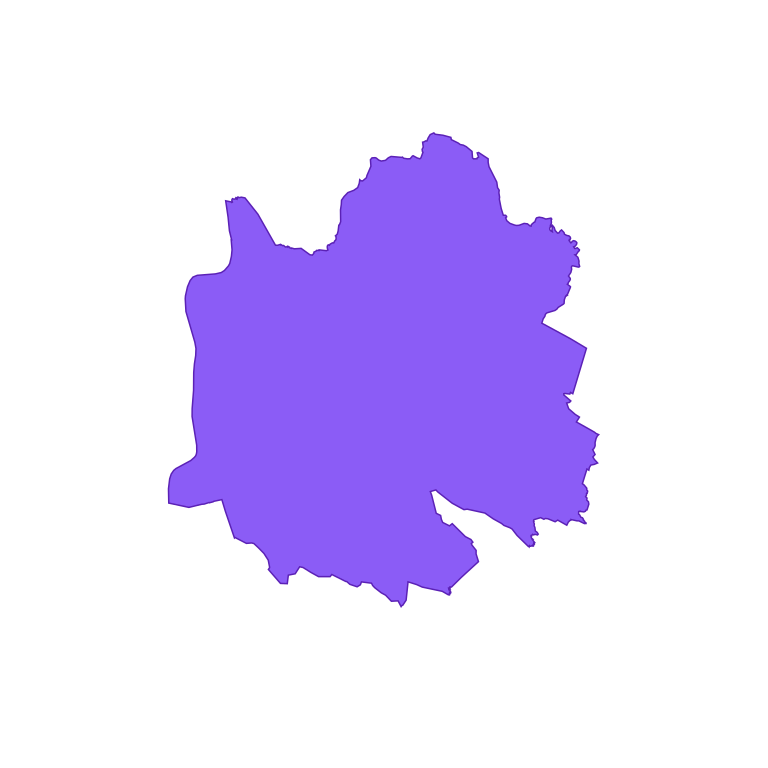 the district of Sventes pag., Daugavpils, Latvia, rotated 225°
{"feature_id": "27541924B80742795502066", "entity_name": "Sventes pag.", "entity_type": "district", "adm_level": 2, "iso_a3": "LVA", "parent_name": "Latvia", "parent_adm1": "Daugavpils", "projection": "robinson", "projection_center": [26.339, 55.911], "detail": "fine", "context": "isolated", "style": "filled", "palette": "violet", "viewbox_px": 768, "rotation_deg": 225, "n_neighbors": 0, "source": "geoboundaries", "source_scale": "gbopen_adm2", "svg_char_len": 6171}
<svg xmlns="http://www.w3.org/2000/svg" viewBox="0 0 768 768"><g transform="rotate(225 384 384)"><path d="M625.5,401.6L612.2,391.7L601.6,383.0L593.7,378.2L594.0,377.9L586.3,371.4L582.2,366.4L578.3,360.2L577.5,357.5L577.1,351.4L577.9,347.7L581.1,342.6L592.9,328.8L594.7,324.5L594.2,320.0L591.7,313.8L586.7,305.9L584.8,303.7L575.3,295.2L547.3,279.8L542.0,276.1L537.3,271.0L532.3,264.2L526.7,257.6L514.2,244.9L502.3,231.0L496.7,225.3L473.2,208.3L468.4,203.6L467.1,201.7L466.4,200.1L466.2,198.0L466.5,193.3L471.3,177.2L471.6,174.2L470.8,169.9L468.5,165.4L462.3,157.5L452.0,147.6L434.7,158.8L427.9,170.0L426.2,172.0L423.9,176.5L423.5,176.5L421.5,179.9L421.4,180.7L416.9,187.6L406.3,181.9L380.9,169.4L380.9,170.1L368.6,174.0L365.2,178.0L363.2,179.2L357.1,179.4L349.1,179.3L341.3,177.6L335.7,173.8L335.0,173.2L334.6,171.1L316.2,169.8L311.2,174.4L316.5,181.2L312.6,187.0L314.4,195.1L311.5,197.0L302.4,199.1L294.1,201.5L285.9,209.7L286.2,212.4L271.5,217.3L270.5,218.0L266.5,218.2L259.6,221.6L258.7,225.3L260.0,228.1L252.0,234.3L249.5,233.5L246.6,233.4L238.3,234.4L233.5,235.8L225.2,235.6L220.7,240.6L214.5,238.7L214.7,240.0L214.3,240.9L215.5,246.8L227.1,261.1L219.0,265.3L213.4,267.4L196.2,278.6L189.5,280.4L188.5,281.2L188.6,281.6L189.7,282.1L189.5,282.5L190.1,283.0L189.1,283.3L189.3,283.8L190.7,284.6L192.2,284.5L192.1,285.5L192.8,285.3L192.9,284.6L194.1,285.4L193.1,286.4L193.9,286.9L193.9,287.3L193.0,287.7L192.7,288.3L192.6,301.8L191.6,325.2L198.8,329.0L201.2,331.5L207.9,332.3L209.4,332.9L209.3,335.0L212.6,335.5L218.6,333.6L237.0,333.5L237.4,330.0L244.6,327.6L247.8,328.9L251.0,331.1L255.6,329.5L271.7,339.1L275.2,340.7L272.4,345.8L269.6,345.7L251.5,347.9L238.6,351.7L236.7,354.3L221.4,364.1L211.4,365.9L202.3,368.5L199.2,368.8L193.3,371.4L190.8,372.0L182.8,371.0L166.9,371.2L166.7,371.9L166.4,371.8L166.8,372.5L166.0,372.5L165.3,373.4L165.0,374.6L164.4,374.4L163.8,375.0L164.6,375.7L164.2,376.0L164.3,376.7L165.7,377.2L165.8,377.7L165.4,377.8L166.2,378.3L165.9,378.5L169.0,378.9L168.8,379.5L170.8,379.4L172.1,380.1L172.6,380.6L172.3,381.0L172.8,381.2L172.3,382.4L172.5,382.8L171.5,383.1L170.9,384.5L168.7,385.8L168.8,386.9L170.8,387.4L173.1,387.1L175.9,389.3L177.6,389.9L178.7,391.3L180.8,392.3L180.7,392.8L181.9,393.4L182.0,394.2L178.7,400.3L175.3,401.4L174.8,403.0L172.8,404.6L165.6,407.6L164.9,410.6L154.9,413.4L156.0,416.6L156.0,419.0L155.3,420.5L155.6,420.6L150.9,423.6L149.4,425.0L143.6,427.0L142.5,428.2L142.8,428.6L144.7,428.4L145.1,428.8L146.9,428.8L146.9,429.1L148.2,429.6L149.2,429.7L150.6,429.0L153.2,429.8L154.4,429.6L156.2,431.5L155.4,432.8L155.0,432.7L152.2,434.9L151.6,436.5L152.0,437.5L151.4,438.5L154.2,443.9L156.2,445.3L158.6,445.3L159.8,446.9L161.8,446.9L162.2,448.5L163.3,449.7L163.0,450.3L163.6,450.8L163.7,451.7L164.5,452.4L165.6,452.5L166.7,453.2L166.9,453.7L171.1,454.1L173.2,453.8L180.4,467.4L178.2,467.9L179.7,470.1L180.4,473.0L178.5,475.8L177.1,479.2L181.9,479.4L184.7,480.1L184.9,483.4L190.1,485.2L189.9,486.5L190.6,488.8L191.3,489.9L193.3,491.8L195.5,495.4L196.4,498.0L196.4,500.0L199.3,498.9L201.0,498.8L221.1,493.2L222.4,498.8L227.4,497.7L235.9,497.1L241.4,499.7L239.8,502.2L239.9,504.1L249.0,503.4L250.0,504.3L249.4,505.2L245.5,508.3L246.2,509.9L243.6,510.6L266.1,552.4L284.0,547.9L315.4,538.6L317.5,542.6L318.1,545.6L319.1,547.3L319.2,548.8L319.0,549.7L315.1,556.9L314.7,559.2L315.0,561.3L313.6,567.5L313.7,568.4L316.0,571.0L317.5,574.1L317.2,576.0L317.7,575.7L317.7,577.3L320.5,584.1L321.0,584.7L324.9,584.2L324.9,585.3L325.4,586.1L325.8,588.7L326.4,589.9L327.1,590.4L329.9,590.8L330.7,594.9L332.4,597.8L334.1,599.1L334.5,600.3L334.2,601.0L329.2,604.1L328.8,604.7L328.8,605.5L331.3,606.9L333.0,608.8L336.5,610.7L340.3,610.4L339.6,611.5L340.2,614.5L340.2,616.4L340.7,617.1L343.7,617.0L344.6,614.9L345.0,614.7L346.9,615.1L346.3,616.5L346.5,618.7L347.4,620.2L348.3,620.4L349.7,620.3L351.2,619.5L351.8,618.2L351.5,616.5L351.8,615.9L354.6,616.3L355.1,617.3L354.5,617.6L355.1,619.0L356.3,619.6L358.0,619.5L359.8,618.3L362.3,617.5L363.8,618.4L367.4,618.5L367.6,616.6L367.2,614.5L368.0,613.4L371.6,613.6L374.3,615.0L377.3,615.3L377.4,614.6L377.0,614.0L375.5,613.5L374.0,611.5L372.7,610.7L374.6,610.2L375.9,610.4L377.1,611.4L377.4,612.6L378.6,614.0L378.9,615.3L379.9,616.7L382.1,618.5L382.0,619.2L383.2,619.4L386.2,615.1L389.5,613.6L392.2,611.7L393.5,609.6L393.5,608.6L391.9,605.1L392.3,604.4L392.5,600.9L391.6,599.7L392.6,599.0L395.8,598.7L398.5,596.6L400.7,591.8L402.4,589.8L403.9,588.8L408.6,586.6L412.7,586.3L415.6,587.6L415.4,588.8L415.8,589.2L417.3,589.3L419.0,587.7L425.3,591.0L433.2,596.3L434.3,597.8L437.9,600.4L439.6,602.5L442.5,603.1L447.0,606.5L463.4,611.9L467.1,614.4L469.6,616.9L480.8,614.6L481.5,613.3L477.5,611.3L478.0,609.8L477.5,609.0L479.9,606.5L481.3,606.5L486.2,610.7L493.6,610.0L496.8,609.0L499.5,607.2L501.8,606.9L509.2,604.4L511.1,605.7L518.2,601.6L524.4,596.8L526.3,596.8L527.7,593.0L526.8,589.3L525.5,586.2L526.5,585.3L526.9,583.6L527.7,582.3L523.7,579.2L523.0,576.9L521.3,575.6L520.3,575.4L517.8,570.0L517.9,568.6L520.4,567.3L524.8,566.0L525.1,565.3L524.8,561.8L526.6,559.8L529.8,557.5L531.4,557.5L531.8,556.7L539.9,549.9L540.9,547.0L541.1,543.2L543.6,539.7L546.1,538.6L549.3,538.3L550.4,537.7L552.4,535.4L552.2,533.0L547.2,528.7L543.5,519.4L542.3,517.4L542.7,512.5L544.0,511.4L545.6,511.3L543.4,508.4L541.5,504.3L542.3,499.6L544.9,493.8L544.8,488.4L544.0,483.9L541.1,480.7L537.9,476.4L529.4,468.1L528.1,465.1L528.3,464.4L524.6,459.7L523.0,456.9L523.1,454.4L522.3,454.4L520.4,452.7L520.0,451.7L520.0,450.2L519.3,448.2L520.3,447.3L521.0,444.7L520.7,443.5L521.7,443.1L521.9,442.3L521.5,441.3L520.3,440.1L518.4,439.1L519.0,437.5L524.7,433.0L524.3,432.6L526.2,430.7L526.0,430.0L526.8,427.7L526.0,426.7L525.8,424.5L527.8,423.0L538.5,421.3L543.0,416.2L545.5,414.8L545.4,414.4L546.8,413.7L547.4,414.0L549.1,413.5L548.8,412.8L549.6,412.8L549.5,412.5L550.7,411.1L552.9,411.0L553.6,410.1L555.6,409.7L555.5,409.3L556.1,409.2L557.3,406.9L558.9,405.4L593.2,414.9L613.9,417.3L617.0,415.2L618.3,413.2L619.5,413.0L619.6,412.5L619.0,411.6L620.5,411.1L620.4,410.7L619.1,410.4L620.1,409.8L620.6,408.7L622.2,407.9L621.7,406.4L619.8,405.4L620.0,404.7L620.8,404.7L625.5,401.6Z" fill="#8b5cf6" stroke="#5b21b6" stroke-width="1.5"/></g></svg>